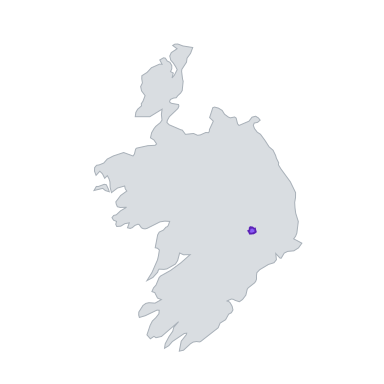 Kilkenny Lea-7, Kilkenny, Ireland (highlighted), rotated 338°
{"feature_id": "5873133B31102930937386", "entity_name": "Kilkenny Lea-7", "entity_type": "district", "adm_level": 2, "iso_a3": "IRL", "parent_name": "Ireland", "parent_adm1": "Kilkenny", "projection": "mercator", "projection_center": [-7.278, 52.671], "detail": "fine", "context": "in_parent", "style": "filled", "palette": "violet", "viewbox_px": 384, "rotation_deg": 338, "n_neighbors": 0, "source": "geoboundaries", "source_scale": "gbopen_adm2", "svg_char_len": 5288}
<svg xmlns="http://www.w3.org/2000/svg" viewBox="0 0 384 384"><g transform="rotate(338 192 192)"><path d="M235.5,69.6L228.5,74.5L227.5,76.4L225.5,83.9L225.3,86.0L220.9,94.3L218.5,96.0L214.8,97.4L212.7,98.7L210.1,98.0L206.7,98.1L205.1,99.6L205.2,100.8L206.2,102.1L212.3,105.9L212.0,107.5L210.2,109.3L199.2,113.7L195.9,116.4L194.8,118.2L196.0,121.1L204.8,130.0L206.2,131.0L207.5,136.1L215.3,138.3L218.4,141.5L221.2,142.2L227.1,142.0L229.5,143.2L230.8,142.3L231.6,140.6L238.3,134.3L236.2,129.6L242.9,121.6L244.7,121.7L247.9,124.1L250.5,127.6L251.3,132.1L253.8,136.2L255.3,137.6L259.6,138.4L260.6,140.0L259.8,145.9L260.5,147.9L271.3,147.7L275.7,145.1L279.4,145.6L281.3,148.2L282.1,150.9L278.9,152.0L275.5,151.4L273.8,153.2L273.7,156.6L274.9,161.0L277.1,164.1L278.9,171.2L280.4,179.0L282.8,183.6L283.2,189.4L282.9,192.3L283.3,197.4L282.3,199.2L283.1,204.0L287.0,219.4L287.8,231.4L285.9,235.9L283.3,240.1L281.6,245.1L280.2,250.5L279.5,259.2L273.8,269.4L271.4,271.9L268.7,273.5L274.7,280.6L269.8,283.7L264.4,284.7L258.4,282.9L254.6,283.2L249.9,286.8L248.8,286.2L246.6,280.4L244.9,286.4L241.5,288.3L235.6,287.8L225.7,289.4L221.9,291.1L220.4,293.8L219.2,296.9L217.6,298.7L215.9,299.7L208.3,301.9L206.8,302.8L203.3,307.8L198.6,310.6L194.8,311.5L191.4,308.6L190.0,306.9L188.4,306.0L183.2,306.1L184.9,307.0L185.9,309.1L186.4,312.9L185.8,316.7L183.3,318.7L180.2,319.0L175.3,323.0L168.9,324.1L165.4,327.7L144.2,333.8L143.0,333.9L140.1,332.3L136.9,331.6L133.8,332.1L124.9,335.5L120.6,334.8L126.1,326.3L133.4,322.1L134.2,320.9L131.8,320.3L117.8,323.3L112.9,325.8L108.0,326.6L110.3,322.7L116.6,317.4L122.0,313.9L124.3,310.7L131.0,307.2L109.6,314.5L104.0,313.6L102.7,311.6L98.4,312.5L96.7,307.6L103.2,300.0L106.9,296.8L111.4,295.0L115.7,292.5L117.3,289.4L115.3,288.4L102.4,289.2L96.2,288.6L96.5,286.1L97.7,283.4L104.1,278.8L107.5,278.0L110.6,278.5L116.1,281.2L123.3,280.3L120.3,277.4L119.8,271.3L117.5,269.3L120.4,266.5L123.8,264.8L129.5,259.0L131.5,258.1L142.7,256.7L154.8,253.6L166.8,249.4L160.6,247.0L157.7,243.9L153.0,250.2L149.6,252.6L139.9,253.9L136.9,253.2L132.6,251.2L131.3,252.0L130.1,253.5L123.7,256.6L117.0,257.3L124.8,251.6L134.6,242.0L136.8,238.9L140.0,233.6L139.0,231.3L137.0,229.9L144.1,218.9L146.6,216.9L151.2,216.6L154.6,214.9L156.1,214.9L157.4,214.2L160.3,210.9L155.8,208.8L151.1,207.7L136.6,208.9L134.7,208.6L132.9,207.6L131.7,206.2L130.8,202.4L129.8,201.6L126.5,201.6L123.3,202.7L121.0,202.6L118.8,201.0L122.3,197.1L117.8,196.2L113.2,197.0L109.3,195.8L109.2,193.4L111.0,191.0L108.7,188.7L108.2,185.8L110.6,184.4L113.3,184.8L118.7,182.7L125.6,181.6L119.7,179.5L117.3,177.7L117.2,174.9L117.7,172.6L124.5,168.5L131.9,166.7L131.3,164.1L131.8,161.2L124.4,160.4L117.1,162.4L117.9,156.9L119.7,151.9L120.0,148.6L119.6,145.1L116.2,146.6L115.8,141.6L114.3,138.2L109.3,140.6L109.4,136.1L110.9,132.9L113.5,131.5L116.2,132.1L121.0,132.1L125.8,129.7L132.6,129.1L143.4,129.8L150.8,136.5L152.8,135.3L155.8,131.1L157.1,130.6L168.4,132.5L175.3,134.9L177.2,134.2L176.2,129.5L173.8,126.2L176.8,121.9L180.5,119.0L182.9,117.6L188.6,115.8L191.1,114.1L192.7,108.6L195.3,104.0L181.1,106.4L167.6,100.9L169.8,97.1L172.6,94.9L177.5,93.2L178.0,91.2L180.5,89.5L184.6,85.1L183.1,79.3L183.9,75.0L186.9,72.3L187.8,68.3L189.1,65.4L195.1,64.3L200.9,61.6L209.8,61.3L212.1,62.4L211.6,57.5L215.8,56.9L217.4,57.9L218.1,61.3L220.1,63.5L220.6,67.2L219.4,70.2L217.2,72.4L219.2,74.7L216.2,78.8L219.4,77.1L224.1,73.0L223.8,69.7L223.0,65.5L221.7,61.7L222.3,57.6L225.0,55.0L231.8,53.6L229.0,48.9L231.5,48.5L234.3,49.5L238.3,53.2L246.8,58.3L242.6,62.9L237.5,66.1L235.5,69.6ZM115.6,158.7L115.4,160.8L112.2,158.2L110.6,155.2L101.7,153.9L105.4,151.0L107.2,151.8L113.5,152.0L115.3,153.2L115.6,158.7Z" fill="#d9dde1" stroke="#a8b0b8" stroke-width="1"/><path d="M231.1,252.8L231.3,252.9L231.4,253.0L231.6,253.0L231.8,253.0L232.0,253.0L232.1,252.9L232.2,253.0L232.3,253.0L232.6,253.1L232.8,253.1L233.0,253.0L233.2,252.9L233.3,252.9L233.3,253.0L233.2,253.2L233.6,253.2L233.5,253.5L233.9,253.5L233.9,253.2L234.3,253.2L234.5,253.1L234.8,253.0L235.0,253.0L234.9,253.1L235.1,253.1L235.0,253.3L235.3,253.3L235.5,253.3L235.7,253.2L235.8,253.1L236.0,253.0L236.4,252.9L236.4,252.7L236.3,252.4L236.1,252.3L235.9,252.3L235.9,252.2L236.0,251.9L236.0,251.7L236.3,251.6L236.4,251.4L236.5,251.3L236.5,251.1L236.4,251.0L236.5,250.9L236.6,251.0L236.7,250.0L236.7,249.5L236.8,249.4L236.3,249.2L236.1,249.2L236.0,249.3L235.8,249.3L235.6,249.1L235.6,248.9L235.3,248.7L235.3,248.4L235.3,248.1L235.1,247.7L235.0,247.8L234.9,247.9L234.7,247.8L234.5,247.7L234.4,247.6L234.3,247.4L234.2,247.4L233.9,247.2L233.9,246.9L233.7,246.8L233.5,246.5L233.4,246.4L232.9,246.6L232.9,247.2L232.5,246.9L232.4,246.7L232.3,246.8L232.2,246.9L232.2,247.0L232.0,246.9L231.9,246.9L231.8,247.0L231.8,247.3L231.6,247.3L231.9,247.4L231.9,247.5L231.8,247.8L231.6,247.8L231.5,248.0L231.4,248.1L231.4,248.3L231.2,248.5L230.9,248.7L230.9,248.9L230.9,249.1L230.7,249.1L230.6,248.9L230.4,248.9L230.2,249.0L229.8,249.1L229.6,249.1L229.7,249.3L229.8,249.4L229.8,249.9L229.6,249.9L229.6,250.0L229.9,250.1L230.0,250.3L230.0,250.5L230.3,250.7L230.3,250.8L230.1,250.9L230.0,251.0L229.9,251.3L230.1,251.6L229.9,251.8L230.0,252.0L229.9,252.2L229.9,252.3L230.0,252.5L230.2,252.4L230.4,252.4L230.5,252.5L230.8,252.5L231.1,252.6L231.1,252.8Z" fill="#8b5cf6" stroke="#5b21b6" stroke-width="1.5"/></g></svg>